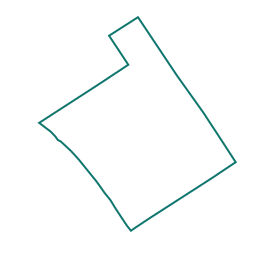 the district of Ottawa, Michigan, United States of America, rotated 327°
{"feature_id": "52423323B64315206950381", "entity_name": "Ottawa", "entity_type": "district", "adm_level": 2, "iso_a3": "USA", "parent_name": "United States of America", "parent_adm1": "Michigan", "projection": "albers", "projection_center": [-86.089, 42.987], "detail": "fine", "context": "isolated", "style": "outline", "palette": "teal", "viewbox_px": 256, "rotation_deg": 327, "n_neighbors": 0, "source": "geoboundaries", "source_scale": "gbopen_adm2", "svg_char_len": 486}
<svg xmlns="http://www.w3.org/2000/svg" viewBox="0 0 256 256"><g transform="rotate(327 128 128)"><path d="M56.3,75.3L61.3,89.3L62.5,95.9L62.6,99.7L64.3,102.8L67.7,116.4L69.0,124.1L69.5,127.4L72.4,155.1L72.7,160.4L73.0,169.3L74.0,179.1L73.7,189.4L73.9,209.2L74.5,215.7L86.9,215.5L95.6,215.4L98.6,215.4L170.8,215.7L199.7,215.3L199.7,180.1L199.6,171.6L199.6,156.8L197.6,110.2L196.7,40.5L162.4,40.3L162.7,75.1L127.8,75.4L56.3,75.3Z" fill="none" stroke="#0f766e" stroke-width="2"/></g></svg>